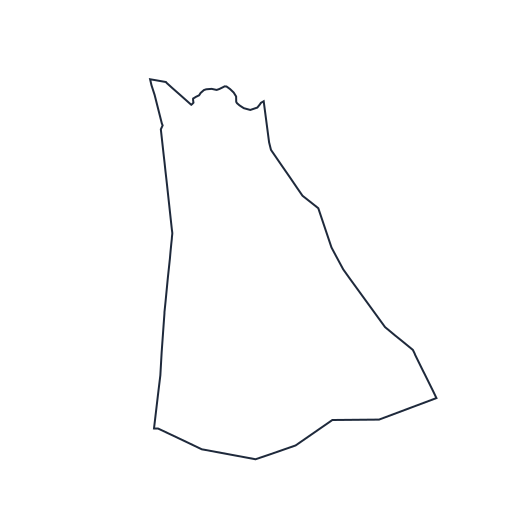 the district of Mashr'ah Wa Hadnan, Ta`izz, Yemen, rotated 346°
{"feature_id": "15242507B63057438613217", "entity_name": "Mashr'ah Wa Hadnan", "entity_type": "district", "adm_level": 2, "iso_a3": "YEM", "parent_name": "Yemen", "parent_adm1": "Ta`izz", "projection": "orthographic", "projection_center": [43.997, 13.541], "detail": "fine", "context": "isolated", "style": "outline", "palette": "slate", "viewbox_px": 512, "rotation_deg": 346, "n_neighbors": 0, "source": "geoboundaries", "source_scale": "gbopen_adm2", "svg_char_len": 1487}
<svg xmlns="http://www.w3.org/2000/svg" viewBox="0 0 512 512"><g transform="rotate(346 256 256)"><path d="M300.9,107.7L297.8,108.6L296.5,109.8L293.2,112.3L285.8,112.9L284.7,112.3L279.9,109.6L278.9,108.5L278.4,108.0L276.4,105.8L274.5,103.1L274.1,101.6L275.3,96.4L273.9,92.0L271.2,87.7L270.9,87.4L270.1,86.4L268.4,84.4L267.7,84.2L266.6,83.8L265.0,84.2L260.8,85.1L258.6,85.3L257.9,85.3L253.4,83.1L248.0,82.2L245.6,82.4L241.7,84.4L239.7,86.3L238.8,86.5L235.9,87.1L234.9,87.5L233.1,88.0L232.7,89.3L232.4,92.1L230.7,93.2L229.8,93.6L229.4,93.1L221.6,81.7L215.3,72.6L211.2,66.5L210.7,65.4L210.0,65.1L200.8,61.0L196.0,58.9L195.9,65.0L196.6,75.2L196.7,104.7L197.0,106.7L194.3,110.1L190.9,135.3L189.8,143.7L188.7,151.6L187.5,160.7L186.8,165.9L185.6,174.6L180.8,209.7L180.6,211.5L180.5,212.4L180.3,213.7L179.9,214.9L179.0,217.3L178.4,219.2L177.1,222.7L174.0,231.4L171.8,237.8L166.3,252.8L165.2,255.8L157.3,278.1L154.3,286.4L153.6,288.3L153.2,289.8L150.7,297.4L141.1,326.8L134.3,348.7L128.7,363.3L115.3,398.7L119.2,399.7L143.5,419.6L156.7,430.5L159.0,431.5L187.5,444.5L205.5,452.7L206.2,453.1L221.1,451.9L248.6,449.4L290.4,433.6L335.8,444.5L370.6,440.5L396.7,437.5L395.1,429.7L391.0,411.0L390.3,408.0L386.4,390.0L386.4,389.3L385.5,385.1L379.8,377.4L375.9,372.2L371.7,366.7L364.0,356.2L341.9,301.5L337.4,290.1L333.6,275.2L331.3,266.0L328.0,224.7L315.7,208.8L312.5,200.3L307.9,187.8L302.9,174.6L296.4,157.2L296.2,156.5L296.2,148.9L300.9,107.7Z" fill="none" stroke="#1e293b" stroke-width="2"/></g></svg>